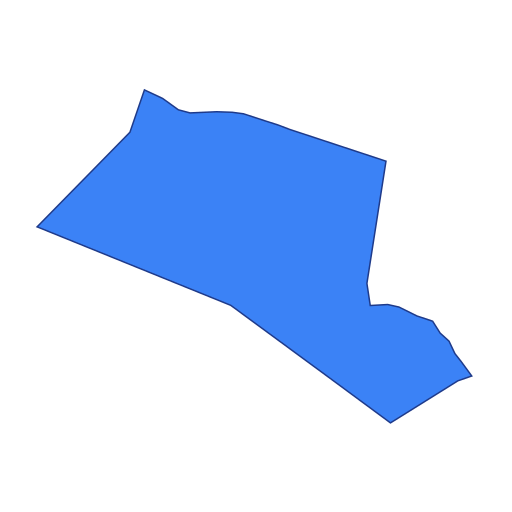 Brejinho, Rio Grande do Norte, Brazil, rotated 272°
{"feature_id": "56859067B50769639219683", "entity_name": "Brejinho", "entity_type": "district", "adm_level": 2, "iso_a3": "BRA", "parent_name": "Brazil", "parent_adm1": "Rio Grande do Norte", "projection": "robinson", "projection_center": [-35.382, -6.216], "detail": "fine", "context": "isolated", "style": "filled", "palette": "blue", "viewbox_px": 512, "rotation_deg": 272, "n_neighbors": 0, "source": "geoboundaries", "source_scale": "gbopen_adm2", "svg_char_len": 517}
<svg xmlns="http://www.w3.org/2000/svg" viewBox="0 0 512 512"><g transform="rotate(272 256 256)"><path d="M375.3,125.7L277.5,36.2L205.8,232.5L137.3,332.9L93.9,396.2L138.3,462.1L143.6,475.8L157.7,464.7L165.4,458.2L177.6,451.9L185.4,442.7L197.0,434.8L201.7,418.9L210.0,400.6L212.1,389.3L210.5,371.9L232.5,367.8L355.3,382.6L383.7,285.2L387.7,273.5L391.4,260.3L397.7,238.5L398.8,227.2L398.8,211.7L396.7,185.1L399.4,173.3L410.2,157.2L418.1,138.7L375.3,125.7Z" fill="#3b82f6" stroke="#1e3a8a" stroke-width="1.5"/></g></svg>